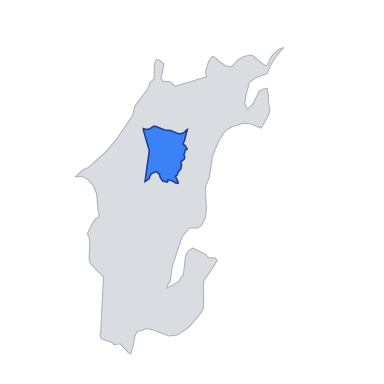 location of Cartago within Costa Rica, rotated 253°
{"feature_id": "CRI-1327", "entity_name": "Cartago", "entity_type": "Province", "adm_level": 1, "iso_a3": "CRI", "parent_name": "Costa Rica", "parent_adm1": "", "projection": "albers", "projection_center": [-83.788, 9.802], "detail": "fine", "context": "in_parent", "style": "filled", "palette": "blue", "viewbox_px": 384, "rotation_deg": 253, "n_neighbors": 0, "source": "natural_earth", "source_scale": "10m", "svg_char_len": 3486}
<svg xmlns="http://www.w3.org/2000/svg" viewBox="0 0 384 384"><g transform="rotate(253 192 192)"><path d="M328.9,196.5L328.5,198.1L327.1,199.7L325.0,201.3L322.4,202.4L315.8,199.1L309.4,195.3L305.9,197.1L304.6,202.0L302.3,204.6L299.3,205.6L298.1,207.2L297.9,223.9L298.1,239.6L303.0,240.0L311.1,245.4L314.5,248.6L315.6,251.6L314.6,253.0L308.7,256.5L303.0,260.8L300.1,266.2L305.2,275.0L306.3,280.9L306.1,287.1L304.7,290.1L293.6,297.3L291.1,299.8L291.4,301.6L297.6,306.5L300.6,311.2L303.0,317.0L303.4,322.0L297.7,312.7L289.9,303.9L283.2,298.5L282.6,285.8L279.9,278.9L269.8,272.6L261.1,268.2L254.6,269.1L258.6,276.4L268.8,285.7L269.5,289.3L269.3,294.1L262.3,293.4L256.1,291.4L248.5,290.8L243.5,288.0L232.9,276.8L240.4,267.3L242.8,261.0L242.6,248.1L240.8,241.8L232.6,232.2L219.6,221.7L201.3,213.1L192.7,206.2L171.4,200.8L163.3,197.3L156.9,190.8L156.0,186.1L158.3,178.9L152.4,169.7L127.0,151.6L112.8,144.9L109.8,141.0L107.6,139.8L109.7,152.3L115.9,159.8L132.1,166.8L136.5,170.9L138.3,176.2L128.8,186.3L124.0,188.9L122.6,194.4L119.5,196.1L116.3,192.9L103.2,176.9L77.8,169.2L73.2,164.5L63.8,149.9L59.5,136.6L61.1,127.8L71.7,114.1L74.9,108.1L74.3,104.4L74.7,99.0L70.8,95.2L61.2,90.2L55.1,86.2L56.8,84.2L67.8,79.0L68.6,74.2L68.5,72.6L70.3,72.2L71.9,71.0L72.9,69.6L76.0,65.0L78.6,62.4L81.7,62.0L85.4,64.0L99.3,69.0L114.7,74.6L136.7,82.6L145.9,77.6L153.8,73.7L159.3,74.3L171.1,78.8L178.2,80.3L182.6,79.8L190.2,86.4L194.3,91.4L195.0,94.7L197.3,96.5L203.2,96.9L217.7,100.2L226.5,99.6L234.6,96.0L239.0,91.8L240.4,85.1L242.4,88.4L244.8,93.6L245.8,100.3L256.2,122.6L264.6,135.2L282.8,157.9L290.7,162.1L304.0,180.4L308.6,183.4L311.3,188.8L325.1,193.3L328.9,196.5Z" fill="#d9dde1" stroke="#a8b0b8" stroke-width="1"/><path d="M218.2,166.1L218.5,166.1L218.8,166.0L219.8,164.8L220.8,164.7L221.3,164.6L221.6,164.3L221.8,164.0L222.0,163.3L221.7,161.4L221.5,159.3L221.3,158.5L221.0,158.1L219.3,156.2L219.2,156.1L218.8,155.9L218.1,155.4L217.4,154.8L217.1,154.4L216.9,154.1L215.7,150.1L226.0,154.8L229.6,156.5L234.5,158.8L242.6,162.6L244.7,163.3L256.6,163.4L265.2,163.6L266.9,164.0L266.7,164.3L265.7,165.8L265.0,167.1L264.8,168.6L264.9,170.4L265.8,173.4L266.1,174.9L265.5,176.3L262.0,180.7L259.5,183.7L258.9,184.8L257.1,189.5L252.3,195.2L251.2,197.5L250.9,200.1L251.1,200.9L251.2,201.9L251.7,203.0L251.9,203.3L252.2,203.5L252.3,203.8L252.9,204.9L253.1,205.8L244.5,200.5L244.3,200.4L243.5,200.0L242.8,199.5L240.7,197.3L239.7,197.6L239.4,197.9L239.0,198.7L238.8,198.8L238.7,199.0L238.4,199.2L238.1,199.2L237.9,199.3L237.7,199.3L237.4,199.3L236.4,199.3L236.2,199.3L235.8,199.5L234.7,200.0L234.3,199.9L234.2,198.8L233.9,197.9L233.8,197.7L233.6,197.5L233.2,197.3L232.0,196.8L231.6,196.6L231.4,196.4L230.4,195.1L228.9,195.3L228.5,195.3L226.7,194.9L226.2,194.6L225.9,194.3L225.5,193.7L225.2,193.0L225.0,192.6L225.0,192.4L224.4,191.2L223.8,190.2L223.6,190.1L223.4,189.9L223.1,189.8L222.4,189.7L222.1,189.8L221.8,189.9L221.7,190.0L221.0,190.0L219.4,189.1L218.4,188.8L218.1,188.7L217.7,188.3L215.9,185.9L215.1,184.7L215.1,184.3L214.6,183.9L213.0,183.4L212.5,182.4L212.3,182.0L212.2,181.6L212.0,180.8L211.3,180.7L208.3,181.4L207.8,181.3L207.3,181.2L207.1,181.2L206.4,181.4L205.4,181.8L205.2,181.8L204.8,181.7L204.7,181.5L204.6,181.3L204.5,181.1L204.5,180.8L204.6,180.5L204.8,179.9L205.4,179.0L206.8,177.7L207.8,177.0L208.4,176.4L210.8,172.5L209.2,171.8L208.9,171.6L208.7,171.5L208.9,170.8L211.0,167.2L214.8,165.9L217.0,165.8L217.8,166.0L218.0,166.1L218.2,166.1Z" fill="#3b82f6" stroke="#1e3a8a" stroke-width="1.5"/></g></svg>